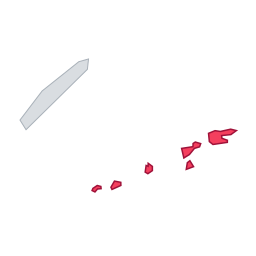 Vanuatu shown with its bordering countries, rotated 94°
{"feature_id": "VUT", "entity_name": "Vanuatu", "entity_type": "country or territory", "adm_level": 0, "iso_a3": "VUT", "parent_name": "Oceania", "parent_adm1": "", "projection": "robinson", "projection_center": [167.975, -16.976], "detail": "coarse", "context": "with_neighbors", "style": "filled", "palette": "rose", "viewbox_px": 256, "rotation_deg": 94, "n_neighbors": 1, "source": "natural_earth", "source_scale": "50m", "svg_char_len": 888}
<svg xmlns="http://www.w3.org/2000/svg" viewBox="0 0 256 256"><g transform="rotate(94 128 128)"><path d="M72.3,172.6L136.8,229.6L127.6,236.3L97.0,216.2L65.3,181.7L61.9,172.2L72.3,172.6Z" fill="#d9dde1" stroke="#a8b0b8" stroke-width="1"/><path d="M127.4,24.9L129.0,34.1L131.7,33.6L133.3,28.0L135.4,27.9L138.5,42.1L135.9,45.9L127.7,47.3L124.6,41.0L125.0,35.6L122.0,25.5L123.0,19.7L127.4,24.9ZM143.7,60.3L150.2,64.9L154.0,70.2L144.6,73.1L142.1,61.9L138.9,62.0L137.3,59.9L138.5,54.4L141.8,55.3L143.7,60.3ZM190.4,139.7L188.3,140.9L181.9,137.8L182.7,131.4L185.8,131.1L190.4,139.7ZM168.8,100.7L172.2,105.0L170.8,107.8L164.1,107.3L164.8,105.3L161.8,105.4L164.6,101.0L168.8,100.7ZM165.2,67.0L158.5,66.4L156.3,64.0L162.0,59.9L165.2,67.0ZM194.1,156.5L192.9,159.5L190.7,158.8L187.5,154.7L188.2,151.0L190.4,150.6L191.0,154.2L194.1,156.5Z" fill="#f43f5e" stroke="#9f1239" stroke-width="1.5"/></g></svg>